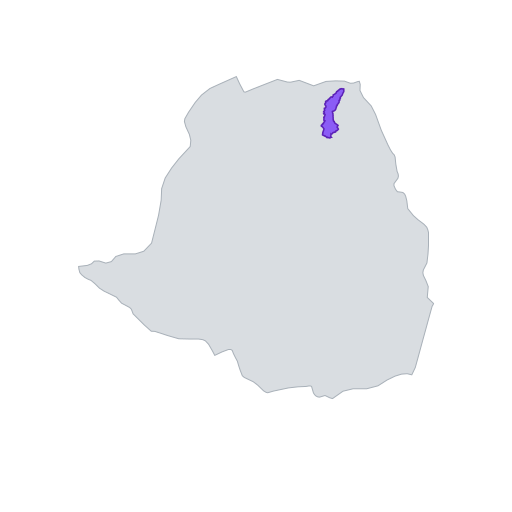 Uzumba Maramba Pfungwe, Mashonaland East, Zimbabwe (highlighted), rotated 336°
{"feature_id": "62879985B20819792882543", "entity_name": "Uzumba Maramba Pfungwe", "entity_type": "district", "adm_level": 2, "iso_a3": "ZWE", "parent_name": "Zimbabwe", "parent_adm1": "Mashonaland East", "projection": "natural_earth1", "projection_center": [32.048, -17.097], "detail": "fine", "context": "in_parent", "style": "filled", "palette": "violet", "viewbox_px": 512, "rotation_deg": 336, "n_neighbors": 0, "source": "geoboundaries", "source_scale": "gbopen_adm2", "svg_char_len": 7162}
<svg xmlns="http://www.w3.org/2000/svg" viewBox="0 0 512 512"><g transform="rotate(336 256 256)"><path d="M350.0,427.9L346.2,425.0L340.9,423.1L334.1,422.3L325.4,422.6L314.6,424.2L303.1,422.3L290.8,416.8L280.5,414.9L268.3,417.3L267.8,417.3L265.7,415.5L262.3,411.5L256.7,410.8L255.2,409.9L253.9,408.4L253.1,406.5L252.8,404.4L253.7,397.8L253.2,397.1L251.7,396.3L248.6,395.5L241.2,392.6L232.0,389.7L217.0,386.5L211.1,385.7L209.8,384.7L208.1,382.3L205.1,374.8L202.4,369.8L195.9,362.2L194.8,359.8L195.1,353.7L195.6,348.8L196.2,344.6L195.9,340.7L195.7,335.9L195.9,332.6L195.0,331.2L192.7,330.2L186.0,329.8L177.9,330.0L177.6,325.1L176.8,317.4L175.3,313.0L173.4,310.8L169.6,308.4L162.1,305.1L151.8,300.2L143.0,292.8L132.9,283.7L129.7,282.1L125.9,273.6L120.2,258.9L120.5,254.0L119.6,251.6L114.0,244.4L112.8,240.7L111.8,236.9L102.9,226.3L99.9,221.7L97.6,215.8L95.3,211.1L93.4,209.2L90.9,206.0L89.1,202.3L88.3,199.6L88.9,195.9L89.7,193.4L98.1,196.0L102.6,196.2L106.2,194.9L110.6,196.7L115.9,201.4L121.6,202.3L127.8,199.4L136.1,200.3L146.7,205.0L155.4,206.0L165.8,201.8L175.0,190.1L183.6,179.1L192.1,166.4L197.2,156.1L204.8,147.8L214.7,141.3L224.9,135.9L240.5,129.2L240.4,129.3L243.5,123.8L244.6,117.8L244.5,109.4L245.3,104.0L246.9,101.6L249.5,99.7L252.9,97.2L263.1,90.9L271.7,86.8L282.2,84.2L293.7,84.1L304.7,84.1L311.0,84.1L311.1,92.1L311.7,101.1L312.9,102.0L321.2,102.2L334.6,102.8L347.4,103.4L355.6,110.0L358.4,111.3L366.9,113.1L377.9,124.0L391.0,125.0L400.0,128.4L407.9,132.2L412.5,136.6L415.5,137.7L419.5,138.0L421.4,138.4L421.0,141.6L418.3,147.1L418.6,155.0L422.3,165.8L422.8,175.3L421.6,191.9L421.7,208.1L422.0,213.9L422.6,217.7L423.4,219.8L423.3,222.2L421.1,228.9L419.3,236.1L419.2,238.9L418.6,240.9L417.3,242.7L411.5,246.0L410.6,248.0L410.6,251.7L411.3,254.8L413.4,256.0L416.0,257.7L417.0,260.0L417.0,262.5L416.2,267.0L413.9,274.5L416.2,283.1L418.7,288.7L422.3,295.2L423.7,299.2L423.6,302.1L423.1,304.8L417.8,316.7L414.0,324.0L409.3,331.9L403.2,336.8L401.6,339.2L401.0,341.9L401.2,347.8L400.9,354.0L395.6,363.5L398.9,371.6L398.1,372.4L396.4,373.6L388.8,382.8L381.2,392.1L375.6,398.9L369.3,406.6L362.2,415.3L356.1,422.7L350.0,427.9Z" fill="#d9dde1" stroke="#a8b0b8" stroke-width="1"/><path d="M380.8,145.1L380.6,145.3L380.6,145.6L380.6,146.1L380.6,146.7L380.6,146.9L380.8,147.2L380.9,147.4L380.9,147.5L380.6,148.0L380.5,148.4L380.4,148.5L380.1,148.6L379.8,148.9L379.6,149.0L379.3,149.1L379.1,149.0L378.8,148.8L378.5,148.8L378.4,149.0L378.1,149.8L378.1,150.3L377.9,150.7L378.0,150.8L377.8,150.9L377.8,151.0L377.7,151.1L377.2,151.3L376.8,151.5L376.6,151.6L376.7,151.8L376.8,151.9L376.8,152.1L376.7,152.4L376.7,152.9L376.7,153.0L376.1,153.1L375.9,153.1L376.0,153.4L376.0,153.6L375.8,153.8L375.8,154.0L376.1,154.1L376.3,154.1L376.6,154.7L376.6,155.0L376.0,155.7L375.7,156.0L375.3,156.3L375.1,156.6L374.9,156.5L374.7,156.6L374.2,157.1L374.1,157.4L374.2,157.6L374.1,157.8L374.0,158.1L373.9,158.3L373.5,159.0L373.3,159.3L373.3,159.7L373.2,159.9L373.2,160.0L373.3,160.1L373.6,160.3L373.7,160.5L373.9,160.6L373.7,160.8L373.3,161.1L373.2,161.1L372.3,161.6L372.0,161.8L371.8,162.1L371.3,162.1L371.2,162.4L370.9,162.5L370.6,162.4L370.3,162.5L370.2,162.7L370.2,163.0L369.7,163.1L369.4,163.0L369.2,163.0L368.9,163.1L368.7,163.3L368.7,163.6L368.5,163.9L368.5,164.0L368.7,164.3L369.0,164.7L369.1,164.8L369.3,165.1L369.4,165.6L369.5,165.9L369.6,166.2L369.6,166.3L369.6,166.7L369.8,167.1L369.8,167.3L369.7,167.7L369.4,168.0L369.1,168.4L368.6,169.0L368.4,169.1L368.2,169.4L367.9,169.7L367.7,169.8L367.6,170.1L367.4,170.3L367.2,170.4L367.1,170.6L367.0,170.8L366.9,171.1L366.7,171.3L366.7,171.5L366.4,171.7L366.3,172.0L366.1,172.2L366.0,172.4L366.0,172.5L366.3,172.8L366.5,173.1L366.8,173.4L367.0,173.5L367.4,174.0L367.6,174.1L367.5,174.3L367.8,174.4L368.0,174.7L368.2,175.0L368.7,175.9L368.8,176.1L368.8,176.3L368.9,176.5L369.1,176.4L369.4,176.5L369.5,176.5L369.6,176.9L369.7,177.1L369.9,177.1L370.1,177.1L370.2,177.3L370.5,177.5L370.9,177.8L371.4,178.2L371.6,178.3L371.8,178.2L372.0,177.9L372.5,178.1L372.9,178.0L373.1,178.1L372.9,177.3L374.1,175.0L374.3,175.4L374.8,175.4L375.1,175.4L375.9,174.9L376.0,174.9L376.3,174.8L376.5,174.8L376.5,174.7L376.4,174.7L376.5,174.6L376.8,174.6L377.0,174.8L377.3,174.8L377.4,174.7L377.6,174.8L377.9,174.8L378.0,174.9L378.1,175.0L378.3,175.0L378.6,175.0L378.7,174.9L378.8,175.0L379.1,175.1L379.4,174.9L379.7,174.4L379.8,174.4L380.2,174.2L380.3,174.1L380.6,174.2L380.6,174.3L380.8,174.4L381.0,174.3L381.4,174.3L381.5,174.2L381.9,174.1L382.1,174.0L382.3,173.9L382.5,173.9L382.9,173.6L382.9,173.3L382.8,173.2L382.8,172.3L382.7,172.1L382.5,171.8L382.5,171.4L382.8,170.9L383.2,170.5L383.3,170.5L383.5,170.5L384.0,170.3L384.1,170.1L384.0,169.7L383.5,169.0L383.3,168.6L383.2,168.6L383.0,168.0L382.9,167.9L382.6,167.6L382.2,167.0L382.1,166.6L382.2,166.3L382.0,166.0L382.1,165.8L382.1,165.6L382.1,165.4L382.2,165.0L382.2,164.9L381.9,164.5L381.7,164.3L381.7,164.0L382.0,163.2L382.0,162.7L382.2,162.4L382.4,161.8L382.6,161.2L382.8,160.9L383.0,160.4L383.0,160.1L383.4,159.2L383.5,159.0L383.7,158.8L383.7,158.5L383.8,158.3L383.8,158.1L384.0,157.7L384.2,157.3L384.1,157.1L384.1,156.9L384.2,156.6L384.3,156.1L384.4,155.2L384.6,155.0L385.1,155.0L385.6,155.2L386.0,155.1L386.6,155.2L386.8,155.1L387.0,155.1L387.3,155.0L387.4,154.9L387.5,154.9L387.9,154.8L388.1,154.6L388.6,154.3L388.9,153.9L389.1,153.7L389.6,153.0L389.9,152.8L390.1,152.6L390.1,152.3L390.7,151.9L390.7,151.7L390.8,151.7L391.0,151.6L391.4,151.5L391.4,151.4L391.5,151.2L391.7,150.8L391.8,150.7L392.1,150.7L392.5,150.5L393.0,150.3L393.3,150.2L393.4,149.8L393.7,149.7L394.2,149.6L394.3,149.5L394.4,149.4L394.5,149.2L394.8,148.7L394.9,148.3L394.9,148.1L395.0,148.0L395.3,147.9L395.3,147.7L395.7,147.7L396.0,147.6L395.9,147.3L396.2,147.1L396.3,147.0L396.5,146.8L396.6,146.5L396.7,146.4L396.8,146.4L397.0,146.4L397.3,146.2L397.4,145.3L397.6,145.2L397.8,145.2L398.2,145.0L398.3,144.9L398.6,144.9L399.1,144.5L399.5,144.4L399.8,144.2L400.0,144.2L400.5,143.8L400.7,143.5L400.8,143.4L401.1,143.1L401.3,142.9L401.7,142.5L402.1,142.3L402.5,141.9L402.9,141.7L403.0,141.6L403.2,141.3L403.3,141.0L403.4,140.8L403.4,140.7L403.6,140.5L403.6,140.1L403.8,139.8L404.2,139.2L404.0,138.9L403.5,138.9L403.2,138.8L402.8,138.2L402.5,138.0L402.1,137.9L401.9,138.0L401.5,138.0L401.3,137.7L401.1,137.8L400.9,137.9L400.5,137.6L400.4,137.6L400.1,137.7L399.8,137.9L399.5,138.1L399.4,138.1L399.2,138.0L398.9,138.0L398.6,138.1L398.2,138.4L398.1,138.5L397.9,138.4L397.6,138.4L397.5,138.5L397.3,138.7L396.5,138.6L396.4,138.7L396.0,139.2L395.9,139.2L395.7,139.3L395.2,139.9L394.8,139.9L394.6,140.0L394.0,140.0L393.3,140.2L393.0,140.2L392.7,140.2L392.2,140.2L392.2,140.3L391.6,141.0L391.4,141.3L391.2,141.5L390.6,141.5L390.5,141.8L390.3,142.0L390.2,142.0L390.1,141.8L389.8,141.5L389.2,141.2L388.3,141.5L388.1,141.7L387.5,141.8L387.3,141.9L387.3,142.1L387.1,142.3L386.7,142.3L386.4,142.4L386.1,142.3L385.9,142.3L385.2,142.6L385.0,142.9L384.9,143.2L384.7,143.2L384.5,143.4L384.4,143.4L384.1,143.2L383.8,143.0L383.6,143.0L383.2,143.1L382.9,143.1L382.7,143.0L382.3,143.3L382.2,143.5L382.3,144.0L382.2,144.2L381.9,144.3L381.8,144.6L381.4,144.7L381.0,144.9L380.8,145.0L380.8,145.1Z" fill="#8b5cf6" stroke="#5b21b6" stroke-width="1.5"/></g></svg>